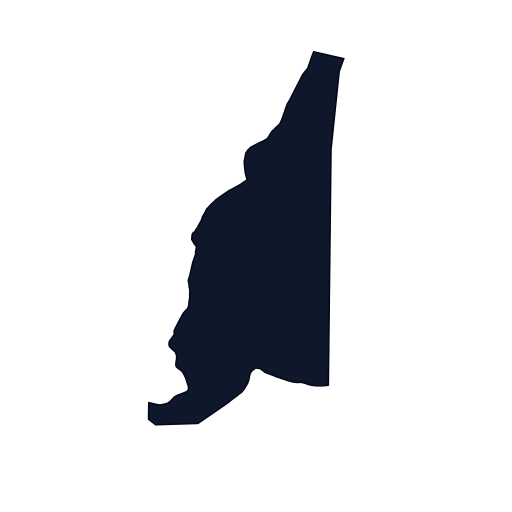 the district of Bagatelle, Castries, Saint Lucia, rotated 240°
{"feature_id": "8701671B55457269732014", "entity_name": "Bagatelle", "entity_type": "district", "adm_level": 2, "iso_a3": "LCA", "parent_name": "Saint Lucia", "parent_adm1": "Castries", "projection": "mercator", "projection_center": [-60.981, 13.998], "detail": "fine", "context": "isolated", "style": "filled", "palette": "ink", "viewbox_px": 512, "rotation_deg": 240, "n_neighbors": 0, "source": "geoboundaries", "source_scale": "gbopen_adm2", "svg_char_len": 3760}
<svg xmlns="http://www.w3.org/2000/svg" viewBox="0 0 512 512"><g transform="rotate(240 256 256)"><path d="M374.3,363.3L374.1,362.9L373.9,362.5L373.3,361.3L372.8,360.4L371.9,358.9L371.2,358.1L370.6,357.5L369.3,355.8L367.7,354.0L367.1,353.4L366.3,352.6L365.5,351.5L365.2,351.0L364.3,350.1L364.1,349.8L362.3,347.8L361.1,346.3L359.6,344.2L358.4,342.4L357.9,340.4L357.7,339.2L357.5,338.5L357.3,337.2L357.1,336.6L356.6,335.2L356.0,332.0L355.6,331.4L355.2,330.5L354.4,328.9L353.4,327.4L352.0,324.4L352.0,322.7L352.0,321.1L352.0,320.3L352.0,319.8L351.9,318.9L352.3,316.8L352.4,316.0L352.4,314.5L352.6,312.4L352.6,310.4L352.8,307.4L352.8,306.4L352.8,305.5L352.5,304.5L352.3,303.9L352.1,303.1L351.8,301.8L350.4,299.0L349.7,298.1L348.1,296.8L346.7,295.6L344.6,293.7L343.0,292.6L341.5,291.9L337.2,289.9L335.5,289.2L333.5,288.3L333.1,288.2L331.3,287.7L330.3,287.4L328.8,287.0L327.3,286.6L326.4,286.1L326.3,285.2L326.3,283.7L326.2,282.7L326.0,280.2L325.8,278.6L325.8,278.0L325.8,276.7L325.8,275.6L325.8,274.7L325.9,272.0L325.9,270.3L326.0,268.4L326.0,267.3L326.1,266.3L326.1,263.9L325.9,262.6L325.8,261.7L325.8,259.6L325.6,258.4L325.5,257.9L325.4,255.4L325.3,254.6L325.2,253.5L325.1,252.5L325.0,251.3L324.8,250.2L324.8,249.6L324.2,247.5L323.9,246.4L323.7,245.1L323.5,244.2L323.2,242.9L322.8,241.6L322.6,241.0L321.9,238.8L321.7,238.2L321.4,236.7L321.1,236.4L319.1,233.5L316.8,229.3L315.2,227.7L314.7,227.2L314.4,226.7L311.9,222.6L310.1,219.7L309.8,219.3L309.6,218.9L308.7,216.7L308.1,216.0L307.6,215.4L307.6,214.3L307.7,213.5L307.5,213.2L306.6,211.5L302.5,208.6L298.2,208.6L293.8,209.1L291.5,207.2L291.2,206.9L289.6,205.5L288.9,205.2L287.9,204.9L287.6,204.5L286.5,203.0L284.1,200.4L283.3,199.4L282.1,198.0L281.5,197.5L280.6,196.7L279.4,195.5L279.0,195.1L278.6,194.7L277.4,193.7L276.5,192.9L275.9,192.3L274.3,190.8L273.9,190.5L273.0,189.6L271.2,187.8L269.8,186.2L268.4,184.9L266.8,184.5L264.3,183.5L262.3,182.5L261.5,182.3L260.3,181.9L258.5,181.0L256.3,179.6L255.1,178.9L254.7,178.6L254.1,178.3L252.9,177.6L252.5,177.3L251.3,176.3L249.4,174.7L248.5,174.2L247.8,173.8L246.4,172.5L244.8,170.8L244.3,168.8L243.6,166.8L243.4,166.1L243.2,165.6L243.1,165.1L242.1,163.1L240.6,160.8L239.9,159.5L239.3,158.6L238.7,157.7L237.8,156.1L236.8,154.7L236.0,153.4L235.2,152.2L234.2,150.5L233.5,149.6L233.1,149.1L232.7,148.5L232.0,147.5L229.6,146.4L228.9,146.0L228.1,144.1L225.6,138.6L224.2,137.2L223.2,136.6L222.5,136.2L221.6,136.0L221.0,135.8L220.2,136.0L217.7,136.6L216.0,137.2L213.3,138.1L209.5,137.5L206.8,135.9L204.0,133.6L201.7,132.0L201.0,131.9L200.0,131.7L199.0,131.9L197.7,132.3L196.6,132.8L196.1,133.1L194.4,133.8L192.9,134.3L192.2,134.4L191.5,134.4L189.4,134.4L187.2,134.2L185.5,134.1L180.2,132.9L179.3,132.7L178.0,132.5L176.2,131.9L174.7,131.1L173.8,130.1L173.6,129.6L173.3,128.5L173.3,127.2L173.6,125.3L173.8,123.6L174.3,120.8L174.8,117.0L174.7,114.8L174.4,113.7L173.7,111.4L173.3,110.0L172.9,108.7L172.8,107.2L172.7,106.0L172.9,104.9L173.2,103.7L174.8,98.8L175.1,98.2L175.8,97.3L177.1,95.8L177.5,95.2L178.5,94.3L179.3,93.4L180.8,91.8L182.6,89.8L168.4,81.3L160.0,84.7L140.0,122.0L143.0,159.5L143.3,160.1L143.5,162.0L144.0,165.3L144.4,169.7L144.7,170.9L145.2,175.5L146.5,179.0L147.4,180.6L149.2,183.8L150.4,185.6L152.2,187.7L155.1,190.3L156.8,191.8L158.2,193.9L158.9,196.8L159.2,200.0L157.8,201.2L157.2,202.6L156.1,203.4L153.6,204.5L150.9,205.6L148.7,207.2L146.5,209.1L144.1,211.1L141.1,213.3L139.1,215.2L137.1,216.9L134.5,219.3L132.8,220.6L130.7,222.7L128.4,225.0L126.2,227.9L124.4,231.2L123.5,232.5L121.4,234.7L118.3,237.3L117.0,238.7L115.3,240.8L113.6,243.1L111.8,246.1L110.2,248.9L108.4,252.8L108.0,254.1L310.8,374.3L374.3,420.4L383.0,430.7L404.0,408.1L401.9,405.3L392.9,394.9L389.6,386.8L379.3,370.9L374.3,363.3Z" fill="#0f172a" stroke="#020617" stroke-width="1.5"/></g></svg>